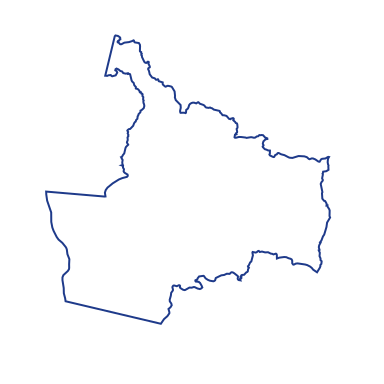 map outline of Katanga (Albers equal-area conic projection), rotated 193°
{"feature_id": "COD-1897", "entity_name": "Katanga", "entity_type": "Province", "adm_level": 1, "iso_a3": "COD", "parent_name": "Democratic Republic of the Congo", "parent_adm1": "", "projection": "albers", "projection_center": [26.036, -9.229], "detail": "fine", "context": "isolated", "style": "outline", "palette": "blue", "viewbox_px": 384, "rotation_deg": 193, "n_neighbors": 0, "source": "natural_earth", "source_scale": "10m", "svg_char_len": 6026}
<svg xmlns="http://www.w3.org/2000/svg" viewBox="0 0 384 384"><g transform="rotate(193 192 192)"><path d="M290.6,57.1L291.7,59.9L294.1,64.5L295.4,69.6L298.4,77.0L299.0,79.7L298.6,82.1L295.2,87.1L294.5,89.1L294.6,90.4L295.5,94.0L296.4,99.0L299.4,103.4L301.0,107.7L301.7,108.9L302.7,110.0L306.9,113.3L311.3,115.6L313.7,117.7L318.2,123.1L320.1,126.0L322.4,131.2L324.6,140.4L331.2,151.0L333.4,156.7L334.2,159.6L276.1,167.9L275.3,168.2L276.7,171.7L276.5,174.5L275.3,177.3L271.2,182.6L266.0,187.8L263.0,189.9L258.8,192.1L258.2,193.3L258.7,194.5L261.5,195.4L262.6,196.0L263.3,196.8L263.4,198.9L264.7,200.2L265.1,201.9L266.5,202.1L265.4,202.7L266.1,203.7L266.6,205.1L266.8,207.6L267.3,208.2L268.0,208.7L268.1,209.2L268.9,210.0L268.3,210.4L268.0,211.0L267.7,212.3L266.7,214.4L266.7,219.9L266.4,221.2L264.8,223.7L266.5,225.5L266.6,226.1L266.3,227.8L266.4,228.6L267.1,230.7L266.6,232.0L266.9,232.5L266.8,233.3L267.9,234.7L267.7,236.1L268.8,237.2L268.6,237.9L267.7,239.0L266.4,239.6L264.2,243.3L263.9,245.8L263.4,247.2L262.7,248.0L262.7,249.4L261.7,251.1L262.0,253.5L261.6,254.4L261.6,255.8L260.4,257.8L260.2,258.5L260.5,259.7L259.5,260.5L257.9,262.8L257.8,265.1L258.5,266.8L259.3,267.9L259.9,269.8L259.7,270.3L260.5,271.3L260.8,273.5L261.9,274.4L262.1,276.0L262.5,276.5L262.9,276.3L263.5,276.5L264.4,277.8L265.1,277.4L265.5,277.7L266.1,278.9L268.0,280.1L268.7,280.2L269.8,280.1L270.1,280.3L270.3,281.7L272.2,283.0L273.4,285.2L275.2,286.2L276.0,287.2L278.8,292.8L279.8,293.0L280.9,292.6L281.2,293.3L283.1,292.4L285.7,292.4L287.2,293.7L289.1,293.8L291.2,294.9L293.3,295.3L294.1,294.5L294.1,293.3L292.7,292.9L291.7,291.5L292.6,288.5L295.8,286.8L296.6,287.0L297.5,287.7L299.7,286.9L300.7,286.1L302.7,285.8L302.3,326.3L301.8,327.3L299.3,327.4L297.4,326.7L296.7,326.2L296.2,324.7L296.9,324.4L297.0,323.2L298.0,322.6L298.3,321.7L298.0,321.1L297.1,321.1L295.4,319.9L294.7,319.9L293.9,320.2L291.5,322.3L287.1,323.9L284.1,325.7L283.2,326.6L282.7,326.5L281.9,325.2L281.3,324.9L277.3,325.2L275.9,323.8L275.4,322.4L274.5,317.7L274.2,317.2L273.0,316.9L272.7,315.8L272.1,315.5L272.3,314.2L271.6,313.8L271.1,312.3L268.5,309.0L267.3,307.7L265.8,307.4L265.4,307.6L264.6,308.9L263.7,309.1L263.3,308.8L263.3,307.2L261.4,304.9L261.2,304.0L262.4,302.7L262.4,301.9L261.1,300.2L259.7,297.2L256.6,294.6L253.9,294.4L252.3,293.3L251.5,293.5L250.6,294.2L249.9,293.6L249.3,292.5L245.2,292.2L244.9,290.7L244.5,290.1L242.1,288.8L241.3,288.7L239.9,289.9L238.9,290.1L236.1,290.1L235.2,289.8L231.6,286.1L230.1,281.7L230.0,280.4L228.5,277.9L222.7,274.2L221.9,271.5L221.9,268.8L221.6,267.4L221.0,266.6L217.4,267.5L216.1,267.4L215.7,267.9L216.1,270.7L214.8,272.3L214.5,273.6L214.3,276.2L213.7,277.4L212.6,278.5L211.4,279.2L210.1,279.5L207.8,279.3L206.5,280.7L205.9,280.9L204.2,279.8L200.5,279.4L199.4,279.0L197.8,277.7L197.1,277.5L194.7,277.7L193.4,278.4L192.4,278.1L191.3,278.1L189.3,277.2L183.5,277.2L183.0,276.9L182.6,275.9L181.4,275.3L179.5,273.7L177.9,274.0L175.5,273.9L172.3,271.6L170.9,271.6L170.4,272.4L169.7,272.6L169.0,273.1L168.4,273.2L167.9,272.9L167.7,272.5L167.9,271.2L165.6,269.9L164.9,269.1L163.6,268.9L163.1,268.1L162.2,265.4L162.2,264.6L162.7,263.5L161.6,261.0L161.5,260.2L162.4,259.0L161.7,258.2L163.0,257.4L162.9,254.9L162.5,254.6L161.5,254.7L158.6,256.2L156.7,256.6L152.2,257.1L151.0,257.0L147.4,258.5L146.2,258.8L143.8,258.8L142.6,259.3L141.4,260.7L140.1,261.2L139.2,262.6L138.2,262.7L136.9,263.2L135.5,263.3L133.1,261.6L130.7,261.2L130.5,260.6L132.2,259.9L133.8,257.4L133.9,255.4L133.8,254.8L132.8,253.7L132.8,253.3L133.4,252.3L133.1,251.7L130.7,250.1L128.9,250.0L127.2,249.6L125.4,249.9L124.8,247.1L125.0,245.9L124.3,245.2L121.5,244.5L120.4,244.4L119.8,244.7L119.2,246.8L117.9,247.7L117.3,249.1L116.3,249.5L113.7,248.8L110.2,248.7L105.6,247.5L104.4,247.4L101.8,247.8L96.3,251.0L90.6,252.0L88.0,251.8L85.6,250.5L84.8,250.4L82.8,251.7L81.6,251.9L79.2,251.5L75.7,250.1L74.5,250.2L73.6,252.8L72.7,253.6L69.5,254.7L67.7,256.5L67.1,256.9L66.4,256.9L66.8,255.6L66.9,254.3L66.5,251.5L65.6,249.4L65.0,248.7L64.9,247.5L64.0,244.3L65.8,242.5L68.8,241.3L68.7,239.5L68.9,239.2L68.4,238.4L68.3,234.6L67.2,233.1L67.2,232.4L68.1,230.6L68.4,228.8L64.9,221.2L65.1,220.1L63.5,214.8L61.3,213.1L60.2,213.1L58.3,211.0L58.0,210.1L57.9,209.1L57.0,209.5L56.6,208.2L54.5,206.2L53.7,204.9L52.6,199.5L51.7,198.2L53.5,192.6L53.1,188.1L53.6,180.2L54.4,178.2L55.0,173.8L55.9,171.8L55.3,171.6L56.0,169.1L56.1,167.7L55.9,166.4L54.7,164.3L55.4,163.7L53.8,161.6L53.3,158.2L51.9,156.3L51.4,154.5L50.1,153.7L50.0,153.1L49.8,151.0L50.5,149.7L50.2,148.5L50.4,147.0L52.1,141.9L56.5,143.6L58.1,144.9L60.1,145.9L63.3,146.7L65.5,146.8L73.0,146.2L74.7,145.6L76.5,144.1L77.2,144.1L78.3,145.1L78.9,147.6L79.7,148.7L80.9,149.1L83.1,149.2L85.4,149.7L87.5,149.4L92.1,147.7L94.3,146.3L95.2,149.8L95.7,150.5L96.4,150.8L98.6,149.5L99.9,149.8L101.4,149.7L104.3,150.4L107.2,149.6L110.4,149.7L112.5,148.8L113.7,149.6L114.6,149.1L115.3,148.0L116.3,147.3L119.4,147.2L119.5,146.5L118.4,144.0L118.6,137.6L119.5,136.5L120.2,133.1L120.8,132.2L120.5,131.6L119.5,131.0L120.0,129.3L119.8,127.2L120.1,126.6L121.1,125.8L122.6,123.1L124.6,122.4L125.1,122.0L125.5,120.6L125.0,120.4L125.5,120.0L124.6,119.0L124.9,118.5L125.6,118.3L125.4,117.3L125.0,116.8L126.7,116.7L127.5,117.1L128.0,117.8L128.1,119.8L128.5,120.4L132.5,122.3L134.0,122.8L135.1,122.8L135.9,122.3L136.9,120.7L139.7,120.2L142.0,118.4L144.7,117.4L149.2,113.8L149.5,113.5L149.6,111.2L150.2,110.4L151.1,109.8L154.6,109.6L156.9,110.0L159.3,110.9L161.5,112.8L162.0,112.9L166.1,111.3L167.1,109.1L167.2,107.9L168.8,106.8L168.8,106.2L168.2,105.6L165.2,106.0L164.9,105.7L163.8,105.3L161.5,102.8L160.5,101.3L161.3,100.1L162.5,99.2L164.8,99.2L168.0,99.9L168.9,99.8L170.8,98.7L173.0,98.3L176.6,95.0L177.4,94.7L178.9,94.8L181.7,95.8L182.3,96.4L182.5,97.8L183.1,98.3L183.8,98.2L185.6,96.8L188.5,96.9L189.2,96.5L189.6,95.7L189.7,94.9L188.6,92.6L188.5,91.7L189.6,89.1L189.3,86.2L189.5,82.0L189.0,80.4L187.1,78.7L186.3,77.1L187.0,74.9L188.6,72.7L187.0,69.8L186.8,68.7L188.0,65.6L190.7,61.8L192.7,56.6L290.6,57.1Z" fill="none" stroke="#1e3a8a" stroke-width="2"/></g></svg>